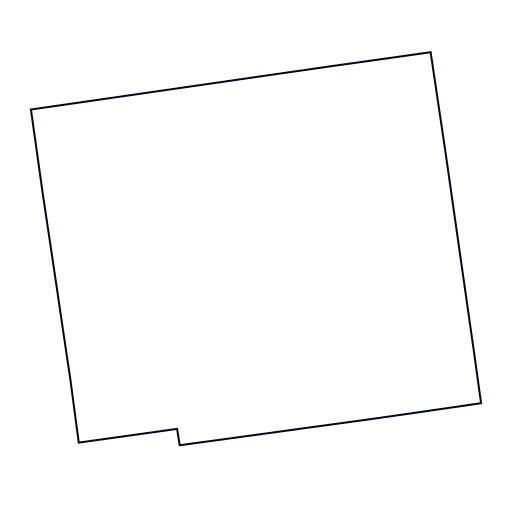 Pontotoc, Mississippi, United States of America (Albers equal-area conic projection), rotated 172°
{"feature_id": "52423323B7740407343608", "entity_name": "Pontotoc", "entity_type": "district", "adm_level": 2, "iso_a3": "USA", "parent_name": "United States of America", "parent_adm1": "Mississippi", "projection": "albers", "projection_center": [-89.026, 34.227], "detail": "fine", "context": "isolated", "style": "outline", "palette": "ink", "viewbox_px": 512, "rotation_deg": 172, "n_neighbors": 0, "source": "geoboundaries", "source_scale": "gbopen_adm2", "svg_char_len": 370}
<svg xmlns="http://www.w3.org/2000/svg" viewBox="0 0 512 512"><g transform="rotate(172 256 256)"><path d="M53.6,78.9L53.5,131.8L53.7,230.7L53.9,332.2L54.7,433.5L155.9,433.5L217.9,433.3L458.5,432.4L458.5,382.2L458.5,347.7L457.9,280.2L457.2,178.5L457.0,161.5L457.5,95.9L358.2,95.8L357.9,79.2L155.7,78.5L53.6,78.9Z" fill="none" stroke="#020617" stroke-width="2"/></g></svg>